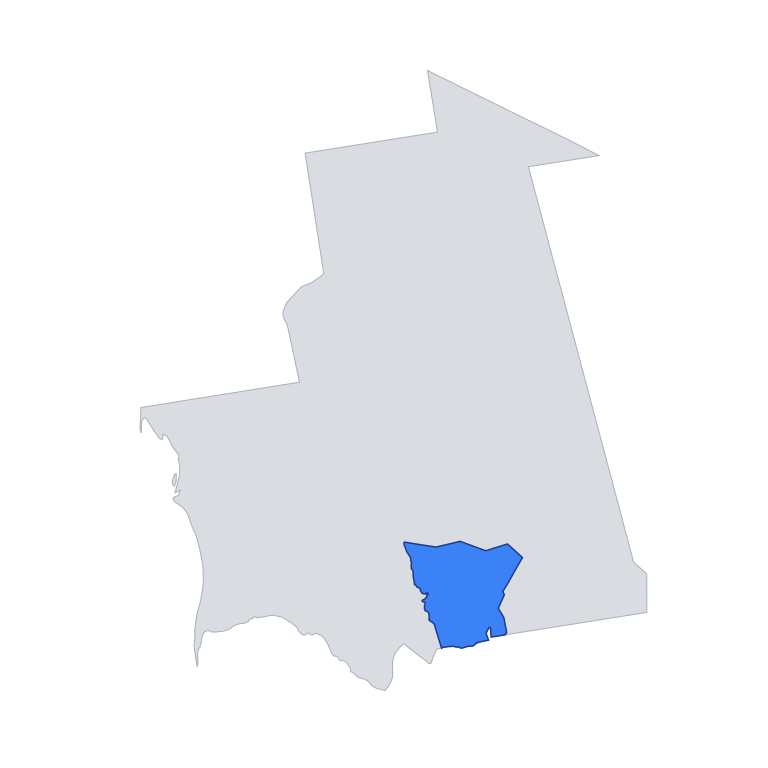 Hodh el Gharbi on a map of Mauritania (Natural Earth projection), rotated 351°
{"feature_id": "MRT-2797", "entity_name": "Hodh el Gharbi", "entity_type": "Region", "adm_level": 1, "iso_a3": "MRT", "parent_name": "Mauritania", "parent_adm1": "", "projection": "natural_earth1", "projection_center": [-10.311, 16.544], "detail": "fine", "context": "in_parent", "style": "filled", "palette": "blue", "viewbox_px": 768, "rotation_deg": 351, "n_neighbors": 0, "source": "natural_earth", "source_scale": "10m", "svg_char_len": 5042}
<svg xmlns="http://www.w3.org/2000/svg" viewBox="0 0 768 768"><g transform="rotate(351 384 384)"><path d="M329.8,683.8L328.9,683.4L324.5,679.9L322.4,675.8L319.0,672.7L314.2,670.6L311.1,668.3L309.7,665.6L307.9,663.8L306.1,662.9L305.9,661.9L306.4,660.6L305.9,658.2L303.1,652.8L300.5,650.3L298.3,650.6L297.1,650.0L296.3,648.8L296.0,647.0L294.5,645.5L291.9,644.9L289.8,640.8L288.2,633.4L286.1,627.7L283.6,623.5L281.8,622.0L280.4,621.7L280.0,621.1L279.6,619.9L277.6,619.4L274.8,620.7L272.3,620.3L271.1,618.2L269.4,618.1L267.2,619.7L264.8,619.2L262.2,616.6L260.7,614.0L260.5,611.4L255.9,606.2L247.2,598.4L237.6,594.8L227.3,595.2L221.4,594.9L220.2,593.7L218.9,593.7L217.6,595.2L216.2,595.5L214.8,594.7L213.9,595.3L213.5,597.3L209.9,598.3L202.9,598.3L197.3,599.5L193.0,602.0L187.0,603.0L179.1,602.7L174.4,601.8L172.8,600.3L170.6,600.0L167.7,600.8L165.0,604.6L162.7,611.6L160.8,615.5L159.3,616.5L157.6,621.7L156.6,630.4L155.2,634.2L155.4,612.6L157.7,604.5L158.5,597.4L163.4,581.7L169.2,568.9L174.6,551.8L176.7,535.3L176.2,519.2L174.8,504.8L172.2,495.3L169.7,481.5L166.0,474.3L159.1,467.9L157.6,464.2L159.2,462.8L163.5,461.9L166.2,456.9L160.5,458.8L167.2,443.7L169.4,433.4L169.1,426.6L170.4,422.4L165.5,413.3L161.7,401.9L159.7,400.1L157.6,399.1L157.4,401.8L156.2,404.2L153.8,402.8L149.6,394.5L143.8,380.9L141.7,379.6L139.9,381.4L138.8,383.2L136.6,394.5L136.0,390.0L136.9,384.7L138.5,378.2L140.3,369.2L145.5,369.2L154.8,369.2L173.5,369.2L182.8,369.1L201.4,369.1L210.7,369.1L229.4,369.1L238.7,369.1L257.4,369.0L266.7,369.0L285.3,369.0L294.6,369.0L300.8,369.0L300.5,362.6L300.2,357.5L299.8,350.6L299.5,343.8L299.1,337.0L298.8,330.6L298.5,324.2L298.2,318.3L297.9,312.8L297.4,309.7L295.4,303.5L295.0,300.4L295.6,297.1L296.9,294.1L300.6,288.4L306.1,284.1L312.4,279.1L317.3,275.3L319.7,274.4L327.3,273.1L333.2,270.2L339.0,267.4L341.5,265.9L341.8,260.6L342.2,143.6L370.7,143.6L378.2,143.6L430.6,143.6L438.1,143.6L476.2,143.6L476.2,138.1L476.2,130.2L476.2,119.3L476.1,108.4L476.0,89.2L476.0,81.1L483.5,86.5L498.7,97.2L506.2,102.6L521.4,113.3L536.6,124.0L551.7,134.7L559.3,140.0L566.9,145.4L574.6,150.7L582.2,156.1L597.4,166.8L603.8,171.2L613.6,178.5L622.8,185.2L632.0,192.0L617.9,192.0L599.0,192.0L586.2,192.0L573.0,192.0L560.6,192.0L561.7,203.0L563.0,215.1L564.2,227.1L565.5,239.1L566.7,251.1L570.4,287.2L571.7,299.2L572.9,311.2L574.2,323.3L575.4,335.3L577.9,359.3L579.1,371.3L580.4,383.3L581.6,395.3L582.9,407.3L584.1,419.4L586.6,443.4L587.8,455.4L589.1,467.4L590.3,479.4L591.6,491.4L592.8,503.4L594.1,515.4L595.3,527.4L597.8,551.4L599.0,563.4L600.3,575.4L601.5,587.4L602.7,599.0L607.7,605.1L613.8,612.7L612.1,623.6L610.1,636.5L607.8,650.7L590.8,650.7L574.0,650.7L532.1,650.7L523.8,650.7L481.9,650.7L473.5,650.7L457.3,650.7L452.5,650.3L450.8,649.2L450.2,641.9L448.8,642.4L447.1,644.6L446.2,646.9L446.5,649.9L446.2,652.5L440.9,653.5L433.6,655.2L425.9,656.6L418.2,656.1L415.6,655.5L412.8,654.5L406.6,653.5L403.3,653.4L399.4,653.6L394.9,654.2L393.5,655.6L390.0,661.0L386.7,667.3L384.6,667.3L382.1,663.8L375.5,657.3L367.4,648.7L363.8,644.4L361.8,643.9L357.9,647.0L354.7,649.9L351.2,654.1L349.6,658.1L348.4,662.8L347.8,668.3L346.6,674.8L343.7,680.0L340.4,684.0L338.0,685.8L337.0,686.9L329.8,683.8ZM163.5,447.6L160.9,452.3L159.7,450.5L159.3,447.4L161.7,443.0L162.8,440.7L164.8,439.9L163.5,447.6Z" fill="#d9dde1" stroke="#a8b0b8" stroke-width="1"/><path d="M464.5,650.7L463.8,650.7L458.8,650.7L457.4,650.7L450.2,650.7L450.5,646.3L451.1,643.0L450.9,641.4L449.9,640.9L449.1,641.5L446.6,644.9L446.0,646.2L446.0,647.6L446.7,650.7L447.2,653.4L437.0,653.8L435.0,654.3L434.2,654.7L431.8,656.3L430.3,656.7L425.5,656.2L420.7,657.0L419.1,657.0L418.1,656.6L416.6,655.5L415.8,655.1L415.5,655.1L414.7,655.2L414.4,655.2L410.8,653.6L410.3,653.5L408.3,653.7L407.2,653.4L403.0,653.4L402.3,653.5L401.5,653.3L400.9,653.4L399.5,654.0L399.5,653.9L396.1,629.4L395.0,627.5L392.4,625.2L391.6,624.2L391.7,623.9L391.7,622.6L392.2,621.8L392.2,620.4L392.4,619.1L392.3,617.5L391.7,616.0L390.5,615.0L389.2,614.4L389.0,613.6L389.4,613.0L388.8,611.8L389.0,611.1L389.2,610.4L389.4,609.1L389.7,608.5L390.0,608.1L390.4,607.0L390.3,606.0L389.8,605.7L388.1,605.1L387.7,604.0L388.3,603.4L389.0,603.2L389.9,603.2L392.0,601.8L392.4,601.0L393.3,600.3L393.3,599.1L394.3,599.0L394.8,598.3L394.8,597.7L394.6,597.3L394.0,597.4L393.3,597.7L392.8,597.1L391.7,597.8L391.0,597.5L390.3,597.4L389.1,596.8L388.3,595.4L387.6,593.9L387.8,592.3L387.3,591.5L386.7,590.7L385.9,590.3L385.2,590.2L384.8,589.6L384.6,588.9L383.8,587.7L382.9,587.0L382.6,586.0L383.0,585.4L383.3,584.7L382.8,583.5L382.9,582.7L382.9,581.8L382.7,580.5L382.7,579.2L383.4,573.4L383.1,572.1L382.4,571.4L382.1,570.4L382.7,566.3L383.1,565.4L383.3,564.5L382.8,562.7L383.1,561.0L382.9,559.3L380.1,552.9L379.3,548.0L378.7,546.4L378.8,544.9L379.3,543.3L392.4,547.6L409.9,553.2L434.8,551.3L435.1,551.6L458.3,564.6L480.9,561.3L486.6,568.3L493.6,577.1L484.2,588.7L477.4,597.4L474.7,600.8L468.9,607.5L469.9,610.9L461.8,623.4L463.5,627.6L465.8,633.3L466.3,648.6L464.8,650.3L464.6,650.6L464.5,650.7Z" fill="#3b82f6" stroke="#1e3a8a" stroke-width="1.5"/></g></svg>